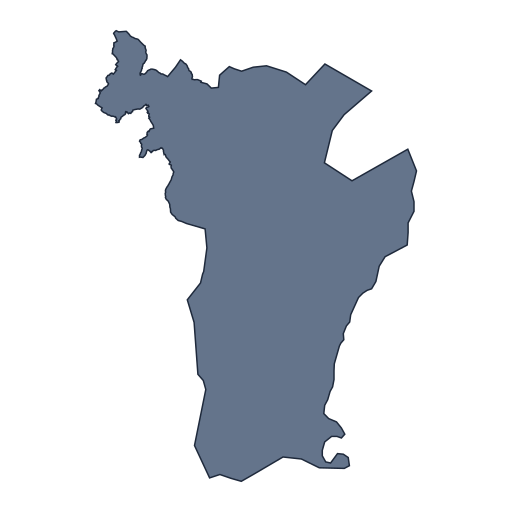 Ona Ara, Oyo, Nigeria (Robinson projection)
{"feature_id": "59680162B85361781814064", "entity_name": "Ona Ara", "entity_type": "district", "adm_level": 2, "iso_a3": "NGA", "parent_name": "Nigeria", "parent_adm1": "Oyo", "projection": "robinson", "projection_center": [3.959, 7.252], "detail": "fine", "context": "isolated", "style": "filled", "palette": "slate", "viewbox_px": 512, "rotation_deg": 0, "n_neighbors": 0, "source": "geoboundaries", "source_scale": "gbopen_adm2", "svg_char_len": 5894}
<svg xmlns="http://www.w3.org/2000/svg" viewBox="0 0 512 512"><path d="M407.8,149.2L352.0,180.8L324.4,162.8L332.3,130.5L344.1,114.7L371.6,91.0L324.9,64.0L305.5,84.7L286.4,72.1L266.5,65.8L253.2,67.2L241.6,71.2L234.3,68.8L229.3,66.6L219.6,75.2L218.4,87.4L211.3,88.1L207.0,83.9L200.9,82.3L201.3,81.2L197.6,79.6L196.1,79.6L194.3,79.8L193.0,79.3L192.2,79.4L191.9,78.5L192.2,77.4L192.5,76.7L192.3,75.8L192.3,74.9L192.1,74.3L192.0,74.1L191.3,73.5L191.4,73.2L191.2,72.3L190.6,71.5L189.2,70.7L188.8,70.0L188.7,68.9L187.5,67.2L187.4,66.3L186.9,65.4L185.8,63.9L185.2,63.6L184.6,63.5L182.4,61.2L180.5,59.8L175.5,67.2L167.6,76.6L165.9,75.6L164.5,75.0L163.0,74.1L162.0,73.9L161.2,74.0L160.8,73.8L160.0,73.0L158.8,72.6L157.6,71.4L157.1,71.1L156.8,70.6L155.9,70.1L155.3,69.8L154.7,69.8L154.3,69.5L153.2,69.4L153.0,69.2L151.3,69.1L150.6,69.2L150.0,69.7L149.3,69.8L149.0,70.0L147.6,70.7L146.7,72.1L146.1,72.6L145.8,73.2L145.1,73.6L144.7,74.1L143.8,74.3L141.7,73.6L141.0,74.3L140.8,74.9L140.4,75.2L140.2,75.0L140.1,74.0L140.1,73.1L141.5,70.4L141.7,69.0L142.2,68.4L142.1,67.3L142.6,66.3L142.9,64.5L143.1,64.3L143.2,63.8L143.7,63.4L144.1,63.3L144.3,63.0L145.3,61.3L145.7,60.3L146.1,60.2L146.3,59.9L146.9,58.5L146.8,57.6L147.0,57.2L147.0,54.9L146.4,54.0L145.9,52.9L145.7,51.8L146.1,50.9L146.0,49.9L145.7,49.1L145.4,48.7L145.4,48.1L145.1,47.3L145.2,46.3L145.1,46.0L144.0,45.4L140.6,42.1L138.3,39.5L137.5,39.1L134.7,38.4L133.6,37.6L132.0,37.1L131.4,36.6L130.5,36.2L129.0,34.1L126.9,31.9L126.2,31.3L118.7,31.9L116.2,30.7L115.2,31.4L114.5,32.3L113.8,33.0L113.6,33.5L114.5,34.9L116.2,38.6L117.2,41.1L116.4,41.4L115.9,42.0L113.8,42.9L113.8,43.1L114.0,43.7L113.7,45.2L114.1,46.0L113.8,46.7L113.6,47.5L112.8,48.6L112.8,49.3L112.5,50.6L112.6,52.2L112.3,52.9L112.2,53.7L112.9,53.9L116.3,57.5L116.7,58.2L117.1,59.5L117.5,59.4L118.2,61.0L118.5,61.6L116.8,63.2L115.7,64.7L117.0,65.9L117.3,65.8L117.7,66.3L116.8,67.2L116.2,68.0L115.2,69.7L116.4,70.3L113.4,74.1L112.3,73.5L111.9,73.0L111.2,73.4L110.4,73.6L109.4,75.1L109.0,75.1L107.8,75.5L107.2,76.6L106.2,77.7L106.1,78.3L106.4,79.3L106.3,79.9L106.8,80.7L106.8,81.5L107.3,82.4L107.9,82.8L108.5,83.8L108.4,84.1L107.3,86.0L105.3,87.1L104.7,87.8L104.0,88.0L103.1,89.2L101.4,90.8L101.0,90.2L100.4,90.7L99.7,89.7L98.9,90.6L100.3,92.9L98.9,95.5L99.0,95.9L99.0,96.4L98.3,97.6L98.3,98.5L96.9,99.0L96.6,99.4L96.4,99.4L96.0,102.0L95.5,103.5L96.5,103.8L97.9,105.2L102.1,107.9L101.3,109.5L101.2,110.1L102.1,111.2L103.8,112.5L106.4,113.5L107.6,114.8L108.5,115.1L108.8,114.9L109.3,115.0L109.8,115.3L110.3,115.8L110.6,115.8L111.9,116.3L112.5,116.1L113.9,116.4L115.3,117.2L115.6,116.9L116.7,119.0L116.1,119.7L115.8,120.4L115.9,120.6L116.4,120.7L116.5,121.0L116.3,121.6L116.3,122.1L115.9,122.4L116.0,122.6L117.8,122.5L118.3,122.3L118.9,122.3L119.1,122.1L119.1,121.4L118.9,120.8L119.3,120.8L119.9,119.4L120.8,118.7L120.8,117.9L121.3,117.0L122.4,116.4L123.7,115.1L124.5,114.9L125.3,114.1L125.4,113.2L125.5,112.9L126.0,112.8L126.0,112.6L125.5,112.2L125.7,111.6L126.8,111.8L127.3,112.2L128.2,113.5L128.6,113.7L128.8,113.4L129.5,113.0L130.5,113.4L130.8,113.4L131.6,112.0L132.5,111.7L132.5,111.2L132.7,110.9L132.8,110.2L134.6,109.6L137.7,109.0L138.3,108.9L138.9,109.1L139.9,109.1L142.6,107.5L143.8,105.9L144.9,105.4L146.0,104.3L146.3,104.5L146.7,105.5L148.3,105.2L148.9,106.6L148.3,107.0L146.9,107.3L146.0,108.1L145.9,108.4L148.0,111.3L147.2,112.3L147.7,113.1L148.1,112.7L148.4,113.2L149.3,114.0L149.0,114.7L148.8,115.4L148.8,116.6L149.1,116.7L149.7,117.2L149.5,117.6L148.8,118.2L150.0,119.7L150.8,121.4L152.9,124.6L153.4,125.9L153.7,128.2L150.4,128.9L149.8,129.7L148.9,131.6L148.6,131.6L148.2,131.2L147.3,132.2L147.1,132.6L147.1,133.7L146.9,134.3L147.5,134.8L147.4,135.3L146.9,136.0L145.1,137.5L144.1,137.8L141.7,139.5L140.2,139.8L139.7,140.7L139.5,141.2L139.8,141.7L140.2,141.9L140.6,142.3L140.8,143.4L141.6,144.0L141.7,144.6L141.5,145.2L141.4,146.2L141.6,147.2L142.1,147.9L142.2,148.2L142.2,148.7L141.6,150.1L141.6,150.4L141.3,151.8L140.5,153.1L140.2,154.3L139.8,154.8L139.5,155.3L139.5,157.2L140.2,157.0L141.3,157.3L141.8,157.2L142.9,157.5L145.0,155.4L145.7,154.0L146.1,153.6L146.2,152.8L146.8,150.7L147.0,150.2L147.7,149.8L148.1,149.9L149.7,151.0L151.1,152.6L151.4,152.4L151.4,151.9L151.9,151.5L152.4,151.6L153.2,150.5L155.0,150.3L155.7,150.5L156.8,149.8L158.6,149.3L159.0,149.3L159.9,148.7L160.8,147.8L161.1,147.7L161.5,148.2L162.4,148.2L163.5,150.3L163.4,151.2L163.7,152.3L163.7,153.0L164.1,154.0L164.1,154.6L165.0,154.4L165.3,154.6L166.0,156.8L166.3,157.3L167.8,158.9L169.6,161.3L170.2,161.8L170.3,162.0L170.2,162.3L169.4,163.3L169.1,164.0L169.3,164.4L171.0,164.9L171.3,165.4L171.0,166.6L171.1,167.4L171.3,168.3L172.2,169.3L172.5,170.0L173.1,170.5L173.4,171.4L173.8,171.9L173.7,172.3L173.2,173.3L173.1,174.8L172.0,176.8L171.2,179.8L169.6,182.6L169.1,183.7L168.5,184.6L167.9,185.8L166.9,187.1L165.7,189.4L165.4,190.8L165.6,191.8L165.6,192.5L165.2,193.3L165.4,195.5L165.7,196.6L165.4,197.5L166.3,199.4L168.2,201.1L169.7,204.3L169.9,207.2L170.4,208.6L170.6,212.1L172.2,214.5L175.1,216.8L175.7,218.2L178.2,220.5L181.6,221.4L186.5,223.5L205.1,228.9L206.9,247.9L203.7,271.5L202.6,274.1L200.5,283.0L187.3,299.8L194.1,322.4L197.9,374.3L203.3,380.5L205.8,389.5L194.5,445.5L209.6,477.9L219.9,474.5L231.2,478.4L241.3,481.3L253.2,474.5L283.0,457.0L301.4,459.0L319.3,467.8L344.3,468.4L349.4,465.7L348.2,457.5L343.3,454.2L337.5,453.6L330.6,463.0L325.7,461.9L322.3,455.8L322.3,450.3L324.7,441.9L331.6,436.4L337.0,436.4L341.4,438.0L344.8,434.2L341.4,428.0L336.5,421.9L328.7,418.6L323.8,413.6L324.7,405.3L327.7,399.7L330.1,391.4L332.6,386.9L334.0,379.5L334.0,370.8L334.3,363.8L339.4,346.0L340.8,343.2L343.8,339.7L343.3,333.6L346.4,325.9L349.7,322.0L350.7,314.7L358.5,297.5L362.9,293.1L367.2,290.3L371.6,288.8L375.9,281.5L379.2,266.2L385.1,256.7L407.2,245.0L408.1,232.5L408.1,222.9L414.0,211.3L414.0,201.7L411.4,191.1L414.0,181.5L416.5,170.9L407.8,149.2Z" fill="#64748b" stroke="#1e293b" stroke-width="1.5"/></svg>